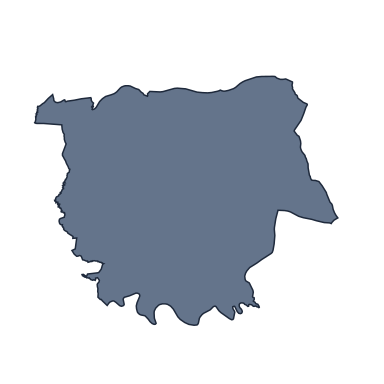 the district of Ban Na Doem, Surat Thani, Thailand, rotated 253°
{"feature_id": "78962969B23472682189323", "entity_name": "Ban Na Doem", "entity_type": "district", "adm_level": 2, "iso_a3": "THA", "parent_name": "Thailand", "parent_adm1": "Surat Thani", "projection": "robinson", "projection_center": [99.29, 8.896], "detail": "fine", "context": "isolated", "style": "filled", "palette": "slate", "viewbox_px": 384, "rotation_deg": 253, "n_neighbors": 0, "source": "geoboundaries", "source_scale": "gbopen_adm2", "svg_char_len": 5813}
<svg xmlns="http://www.w3.org/2000/svg" viewBox="0 0 384 384"><g transform="rotate(253 192 192)"><path d="M266.5,79.3L264.6,78.8L263.8,79.1L259.9,79.8L259.4,80.1L255.9,80.3L252.4,81.0L251.0,81.0L250.1,81.2L249.6,81.8L249.1,81.7L248.7,81.2L246.9,80.4L246.1,78.2L245.4,78.1L244.5,77.3L244.0,77.4L243.0,77.0L241.2,75.5L241.1,74.8L240.5,74.6L240.4,74.1L239.3,73.4L239.1,72.8L238.0,73.2L238.4,72.1L238.2,71.4L237.2,71.3L236.1,72.2L236.0,70.5L235.4,71.0L234.4,69.7L233.6,70.2L233.4,69.9L232.7,70.1L232.6,69.2L232.0,68.4L230.3,67.1L230.1,65.9L229.1,66.2L229.0,65.5L228.6,65.3L228.5,64.1L227.3,63.3L226.9,60.9L225.7,59.7L224.3,59.3L224.3,58.2L223.4,58.2L222.8,58.9L222.0,58.8L222.4,59.3L221.3,59.8L221.6,60.1L221.5,60.7L221.0,60.6L220.6,59.9L219.5,60.1L219.6,61.1L219.0,61.9L218.8,61.7L218.7,60.2L217.8,60.9L217.3,60.0L216.8,60.5L216.6,60.1L216.2,60.8L215.6,60.8L215.4,61.3L214.8,61.3L214.6,61.9L213.1,61.8L212.5,62.2L211.9,61.2L211.1,61.2L210.6,62.7L210.2,62.7L209.6,63.1L209.6,64.0L209.2,64.1L207.2,63.7L205.8,62.7L205.2,62.5L205.1,58.5L204.7,57.3L203.1,56.4L200.9,56.2L199.6,56.6L198.7,57.7L198.6,58.5L197.3,57.9L196.7,58.4L196.0,58.2L194.9,58.8L194.1,58.4L192.7,58.8L190.1,61.2L188.8,61.3L184.3,65.2L182.5,64.5L181.7,68.3L171.7,63.7L171.2,60.1L167.0,61.2L164.3,62.9L164.0,64.1L164.2,65.8L163.4,67.0L162.7,67.3L159.1,67.6L158.4,68.9L156.8,70.8L156.6,71.8L156.3,72.0L155.2,72.0L155.1,74.3L155.5,75.3L154.9,75.5L154.8,76.3L155.3,77.0L154.9,77.7L155.0,78.2L154.7,78.9L154.3,79.4L153.5,81.7L152.8,81.7L152.6,82.5L151.7,83.4L151.3,84.6L150.7,84.7L150.5,85.4L150.1,85.4L149.3,86.5L149.2,85.9L148.8,85.3L144.7,82.6L142.3,79.3L142.3,78.1L144.1,68.1L142.3,66.6L142.2,66.2L145.0,64.0L145.2,62.7L143.9,62.8L143.4,63.5L142.2,64.3L141.2,66.0L140.6,66.3L140.7,66.8L140.0,67.8L139.9,68.6L139.3,68.6L138.8,69.2L137.9,69.5L136.6,71.3L136.8,72.5L135.8,73.6L136.9,74.5L137.8,74.6L137.7,76.6L134.6,77.6L133.3,76.9L131.9,74.8L131.3,74.3L128.9,73.8L127.3,73.8L124.2,72.7L122.4,72.6L118.9,71.3L116.0,72.9L115.7,73.9L114.4,74.3L108.3,77.7L110.1,80.1L110.8,81.6L111.0,84.3L110.7,85.3L109.0,86.8L104.5,89.6L103.4,91.0L103.3,92.4L103.5,93.5L104.4,94.3L109.5,94.8L110.3,95.3L111.1,96.5L111.0,101.9L111.7,108.8L111.1,110.4L110.0,111.6L108.6,111.9L107.4,111.4L102.2,107.1L99.3,105.4L96.4,104.8L93.2,104.7L91.7,105.2L90.3,106.1L89.3,107.3L87.7,110.3L87.0,111.1L83.1,113.0L80.2,114.0L77.8,115.5L76.5,117.1L76.3,118.4L76.9,119.3L82.3,119.1L87.5,120.4L89.3,121.2L91.6,123.4L93.3,126.5L93.8,128.0L93.7,131.0L92.8,133.8L91.8,135.7L89.1,138.2L85.5,139.9L76.7,142.0L73.6,143.5L69.3,146.9L66.3,150.3L64.0,155.0L63.4,157.9L63.7,158.7L64.8,159.8L69.0,162.1L70.1,163.2L71.8,165.7L72.6,167.6L74.0,175.0L76.1,178.9L76.2,179.9L76.1,180.7L75.5,181.4L70.6,183.0L68.2,184.4L59.9,190.8L58.2,192.6L58.1,193.7L58.6,194.6L64.4,197.7L65.4,197.8L68.6,197.0L69.7,197.2L70.4,197.5L70.4,199.0L70.1,199.4L64.4,200.3L62.3,201.3L61.5,202.8L61.6,203.9L62.0,204.5L62.9,205.1L64.2,205.2L65.8,204.8L67.5,203.9L69.1,203.8L70.7,204.3L71.2,204.9L71.6,205.9L71.4,207.3L70.7,208.7L70.1,209.3L69.3,209.4L67.9,211.0L66.3,211.9L66.2,212.7L67.7,213.4L67.8,213.9L66.8,216.0L64.8,217.2L64.5,217.9L64.3,219.7L63.0,220.7L62.7,221.6L61.9,222.1L62.0,222.6L63.1,222.7L65.4,222.1L66.6,220.4L68.2,220.0L69.5,218.7L69.8,218.8L70.9,220.0L72.5,220.5L72.9,220.4L73.4,219.5L74.2,219.3L78.2,221.3L80.2,221.5L88.3,220.2L90.9,217.8L91.6,217.4L93.1,217.3L96.1,217.8L98.7,219.5L100.6,221.5L102.9,225.1L105.1,233.3L107.1,239.1L110.1,249.8L110.8,251.1L112.7,252.5L118.4,255.4L126.2,258.5L132.2,259.8L134.1,260.5L141.9,264.3L149.4,268.9L147.2,275.1L145.9,277.8L144.2,280.3L137.6,286.9L134.9,290.9L130.8,298.6L128.2,302.5L124.1,309.5L122.2,314.6L121.1,315.9L122.0,316.9L123.6,319.7L124.6,323.9L127.4,322.9L130.5,322.2L134.2,321.9L138.0,322.3L139.5,322.2L142.0,321.0L150.8,320.2L152.2,320.3L159.8,318.3L164.9,316.4L167.0,313.3L167.7,311.2L168.5,309.8L170.5,309.4L172.4,309.6L173.6,309.2L181.0,310.1L185.0,311.2L187.9,310.9L190.4,311.0L192.4,310.6L194.0,310.7L198.5,308.9L201.4,308.6L203.2,308.8L206.5,310.2L209.1,310.7L213.4,310.6L213.9,310.6L215.6,309.2L220.4,307.5L221.3,308.1L228.6,317.2L234.3,321.8L239.7,325.7L241.6,327.7L242.0,327.8L242.6,327.7L245.1,324.7L249.8,321.4L251.1,320.6L253.1,320.8L254.3,320.3L254.6,319.8L255.5,319.3L256.9,319.4L261.3,318.2L262.3,318.7L265.0,318.9L266.9,320.0L267.9,320.2L272.7,314.7L273.1,312.0L273.9,309.4L276.0,306.6L278.2,305.1L278.9,303.3L282.1,292.4L283.2,287.2L282.9,275.4L282.5,272.8L281.7,269.8L279.3,264.3L278.7,261.9L278.5,256.6L278.8,253.2L279.1,251.9L279.9,250.4L281.2,248.8L280.9,247.6L280.9,245.7L281.4,239.9L282.2,236.0L283.9,231.2L286.0,226.1L292.5,216.1L295.6,208.3L296.2,205.4L296.5,193.6L297.0,190.8L300.5,181.1L298.9,178.2L297.0,177.8L296.6,177.4L299.0,174.4L300.7,174.0L302.2,172.7L305.6,171.0L307.4,168.3L311.4,163.9L312.3,162.0L313.1,159.3L313.2,158.0L313.0,155.4L312.4,153.8L309.7,149.2L308.8,146.4L308.6,143.2L308.6,137.3L307.4,133.6L305.5,130.1L301.2,125.4L300.3,124.0L299.9,122.8L299.8,121.0L300.2,120.6L301.5,121.5L302.7,120.9L303.1,121.5L302.4,122.3L302.4,122.6L303.0,122.7L303.8,122.4L305.8,123.8L307.5,122.8L309.2,122.5L310.8,122.9L311.8,122.8L313.5,113.5L314.2,106.3L315.3,99.5L315.2,97.8L315.5,97.3L317.2,97.3L317.4,97.1L317.4,96.3L316.5,92.8L316.7,89.7L317.7,87.7L319.8,86.6L321.5,87.0L325.9,87.2L323.5,81.9L320.6,76.9L320.1,74.9L318.8,71.8L318.7,70.2L319.0,69.5L318.1,68.9L317.2,69.2L316.5,68.4L316.2,68.5L315.6,68.0L315.3,68.3L314.5,68.1L314.2,67.4L313.4,67.6L313.3,66.7L311.8,66.4L312.0,65.7L311.4,65.9L310.9,65.5L310.4,65.5L310.2,64.9L309.9,65.1L309.5,64.9L309.4,65.4L309.3,64.4L307.1,63.9L305.0,62.7L304.3,61.8L303.9,62.0L303.6,62.8L303.3,62.8L302.9,63.8L300.9,70.2L294.3,87.1L290.0,86.2L286.6,86.1L284.3,86.7L283.0,86.0L281.6,85.9L279.7,85.3L276.9,85.3L274.8,85.7L266.5,79.3Z" fill="#64748b" stroke="#1e293b" stroke-width="1.5"/></g></svg>